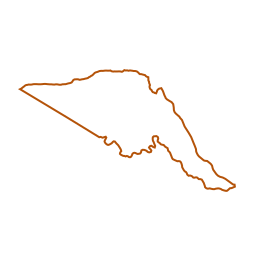 Taquarussu, Mato Grosso do Sul, Brazil (Mercator projection), rotated 273°
{"feature_id": "56859067B62944394894072", "entity_name": "Taquarussu", "entity_type": "district", "adm_level": 2, "iso_a3": "BRA", "parent_name": "Brazil", "parent_adm1": "Mato Grosso do Sul", "projection": "mercator", "projection_center": [-53.459, -22.669], "detail": "fine", "context": "isolated", "style": "outline", "palette": "amber", "viewbox_px": 256, "rotation_deg": 273, "n_neighbors": 0, "source": "geoboundaries", "source_scale": "gbopen_adm2", "svg_char_len": 3909}
<svg xmlns="http://www.w3.org/2000/svg" viewBox="0 0 256 256"><g transform="rotate(273 128 128)"><path d="M169.5,159.2L168.9,157.0L168.0,155.9L167.0,155.2L165.8,154.9L164.1,154.3L164.4,152.8L164.9,152.0L165.1,150.9L166.0,150.1L167.3,149.4L167.8,148.4L168.6,147.9L169.5,147.5L170.9,147.3L172.0,147.7L172.9,147.3L174.2,146.7L175.3,146.6L176.1,146.1L176.9,145.8L177.9,145.8L179.8,145.6L180.2,144.1L180.7,143.2L181.7,142.2L182.1,140.1L182.5,138.3L182.4,137.1L182.9,136.3L183.7,135.6L184.3,134.8L185.0,133.8L185.3,132.1L185.2,130.7L185.4,129.4L185.5,128.1L185.6,127.0L185.2,125.5L185.5,124.2L185.3,122.6L185.6,121.3L184.6,120.3L183.8,119.0L184.0,117.9L184.1,116.7L184.0,115.5L183.9,114.0L183.8,112.6L183.8,111.5L183.6,110.5L183.7,109.3L183.9,108.4L184.5,107.5L184.3,106.4L184.2,104.5L184.2,103.0L184.1,102.0L183.7,99.8L183.7,98.4L183.4,96.6L182.7,95.2L182.3,94.2L181.9,93.0L181.3,91.9L179.7,90.5L178.7,89.6L178.3,88.7L177.3,87.5L176.7,86.3L176.0,85.6L175.5,84.5L175.0,82.6L174.5,81.1L174.2,79.4L173.8,78.1L173.6,77.0L174.0,75.7L174.0,74.7L173.9,73.5L173.7,71.9L172.8,70.7L171.8,70.2L170.5,69.3L169.8,67.7L169.4,66.0L168.8,64.3L168.5,63.4L168.4,62.2L168.2,60.2L167.7,58.8L167.6,57.2L167.8,55.8L167.9,54.6L167.8,53.5L167.5,52.1L167.5,50.8L167.6,49.3L167.5,47.6L167.6,44.7L167.7,42.9L167.5,41.1L167.2,39.6L167.1,38.0L167.0,36.1L167.0,34.9L167.0,33.7L166.9,32.3L166.8,31.1L166.4,29.8L166.2,28.4L166.2,26.5L165.8,25.3L165.6,24.1L164.9,22.9L164.1,22.1L163.3,21.1L162.5,20.2L161.7,19.3L161.1,18.2L135.5,66.3L117.3,99.8L117.7,101.2L117.3,102.2L117.0,103.2L117.6,104.7L118.1,106.2L117.3,106.8L116.3,106.4L115.4,106.0L114.4,105.5L113.2,105.3L112.1,105.9L111.0,107.0L110.2,108.3L110.1,109.3L110.5,110.3L111.0,111.1L111.9,112.5L113.3,113.6L113.9,114.3L113.8,115.6L113.0,116.3L111.9,117.3L111.3,118.0L110.2,119.2L108.9,120.1L107.5,121.1L106.2,121.9L104.6,122.5L103.1,121.5L101.8,121.3L101.0,122.2L100.3,123.7L99.9,124.8L99.9,126.0L99.5,127.0L100.0,128.3L99.7,129.4L99.0,130.5L98.9,131.6L99.6,132.7L100.9,133.3L102.4,133.8L103.3,134.7L103.6,135.6L103.4,136.8L102.9,137.9L102.6,138.9L102.8,140.2L103.2,141.5L104.2,142.2L105.3,142.4L106.3,142.6L107.0,143.7L107.0,145.3L106.6,146.8L106.0,148.0L105.3,148.7L104.9,149.6L104.8,150.8L105.4,152.2L106.7,152.5L107.8,151.7L108.7,150.6L109.7,150.0L111.0,150.9L111.5,152.1L110.9,153.4L110.3,154.2L109.9,155.7L111.5,156.1L113.1,155.3L114.7,154.6L115.8,154.1L116.5,153.6L117.8,153.3L119.2,153.2L120.1,153.3L121.0,154.1L121.2,155.6L121.4,156.8L120.6,158.2L119.3,158.7L118.3,158.6L117.4,158.3L116.0,158.4L115.3,159.3L114.6,160.5L113.5,161.5L113.1,162.9L112.9,164.5L111.2,166.2L110.5,167.5L109.9,168.6L108.8,168.9L107.4,169.3L106.2,170.7L105.1,171.5L104.1,171.9L102.2,172.8L100.5,173.5L99.3,174.3L98.5,176.1L97.9,177.7L97.4,179.1L97.6,180.2L97.5,181.5L96.7,182.5L95.6,183.1L94.6,183.5L93.1,184.0L91.9,184.1L91.1,184.5L89.7,185.4L88.6,186.1L87.6,187.1L86.9,188.4L85.8,189.1L84.6,189.6L83.5,191.0L83.8,192.5L83.4,194.0L82.8,194.9L82.1,195.5L81.8,196.5L82.1,197.7L82.3,198.7L82.1,199.7L80.7,201.3L80.7,203.1L80.3,204.4L79.3,205.1L78.2,205.8L77.2,206.5L75.5,207.2L74.3,207.7L72.9,208.1L71.9,209.4L71.6,210.6L71.7,211.7L72.0,212.8L71.7,214.1L71.5,215.3L71.4,216.2L71.5,217.6L72.0,218.9L72.4,221.0L72.4,222.1L72.0,223.8L71.2,225.2L70.8,226.7L70.4,228.6L70.4,230.0L71.0,230.8L72.1,231.9L73.2,233.0L73.4,234.6L75.0,237.8L77.0,237.4L77.0,236.2L77.6,235.1L78.8,233.3L82.3,227.9L83.5,225.2L84.1,222.4L85.1,220.3L86.6,218.6L90.6,215.4L92.1,214.7L94.8,213.9L96.2,212.8L96.9,212.0L99.2,208.8L99.3,206.6L99.6,205.4L103.4,200.3L104.9,199.0L107.0,197.8L108.2,197.3L110.5,197.0L113.0,195.9L113.9,195.5L116.6,194.2L122.2,191.6L126.3,188.9L132.4,184.5L138.8,181.5L140.9,179.4L141.9,178.8L144.5,175.5L145.4,174.5L146.5,173.6L148.2,172.9L150.9,172.6L154.2,171.9L156.1,170.2L157.1,168.2L158.7,165.3L160.0,164.0L161.2,163.5L162.3,162.8L166.6,161.0L169.5,159.2Z" fill="none" stroke="#b45309" stroke-width="2"/></g></svg>